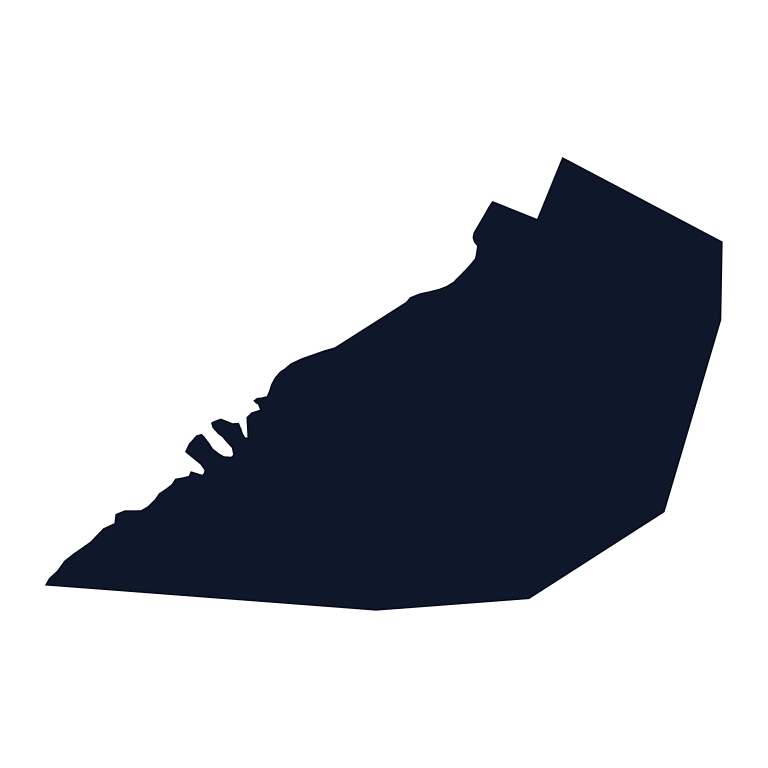 Zemam Out, Qina, Egypt (Robinson projection)
{"feature_id": "37247803B68668933434677", "entity_name": "Zemam Out", "entity_type": "district", "adm_level": 2, "iso_a3": "EGY", "parent_name": "Egypt", "parent_adm1": "Qina", "projection": "robinson", "projection_center": [32.613, 25.633], "detail": "fine", "context": "isolated", "style": "filled", "palette": "ink", "viewbox_px": 768, "rotation_deg": 0, "n_neighbors": 0, "source": "geoboundaries", "source_scale": "gbopen_adm2", "svg_char_len": 1481}
<svg xmlns="http://www.w3.org/2000/svg" viewBox="0 0 768 768"><path d="M410.5,297.8L406.7,302.4L359.0,332.8L334.9,348.1L324.9,350.9L302.0,358.9L291.1,364.0L284.2,369.8L280.3,372.2L279.4,373.4L275.5,377.9L271.8,384.7L270.1,390.2L267.4,396.8L261.4,398.3L257.3,398.6L256.3,399.4L254.4,400.9L256.6,403.0L258.6,403.9L261.0,410.2L252.0,413.0L247.2,417.6L247.9,430.5L248.3,438.1L245.3,438.3L244.2,437.3L241.9,433.1L240.7,428.8L239.6,426.8L238.4,423.6L232.3,424.0L230.2,423.1L220.9,419.4L218.8,420.1L213.9,422.0L211.9,423.2L213.2,427.4L218.6,433.5L222.8,436.5L226.1,440.6L232.6,447.7L234.0,455.2L231.1,457.6L228.4,457.3L223.9,457.0L218.7,454.1L212.3,449.1L209.0,443.9L203.5,436.7L201.4,434.7L198.7,435.5L198.1,435.7L196.7,436.1L190.5,443.1L189.6,444.0L188.9,445.4L185.9,451.7L200.9,463.9L205.3,470.1L204.5,473.4L202.6,475.6L200.1,474.9L191.2,472.1L190.7,473.2L189.4,476.5L183.4,478.0L175.7,479.4L171.9,485.1L164.9,490.3L159.5,493.8L155.7,499.5L148.1,507.0L141.1,511.0L132.4,511.1L124.8,511.1L116.2,514.6L115.1,523.7L103.7,528.9L90.8,542.3L73.5,554.4L64.8,561.3L57.8,571.1L49.6,578.7L46.2,584.6L46.1,584.8L376.0,609.9L528.9,598.3L663.9,511.6L720.5,319.8L721.9,242.1L562.7,158.1L537.5,219.9L492.6,201.9L489.0,207.4L485.3,214.1L474.2,233.0L473.3,237.6L474.6,241.8L477.9,245.9L476.4,255.7L475.5,259.0L469.8,265.9L461.1,275.1L456.3,279.7L454.4,282.0L446.5,286.8L439.5,289.5L430.0,291.9L428.5,292.3L420.5,293.9L410.5,297.8L410.5,297.8Z" fill="#0f172a" stroke="#020617" stroke-width="1.5"/></svg>